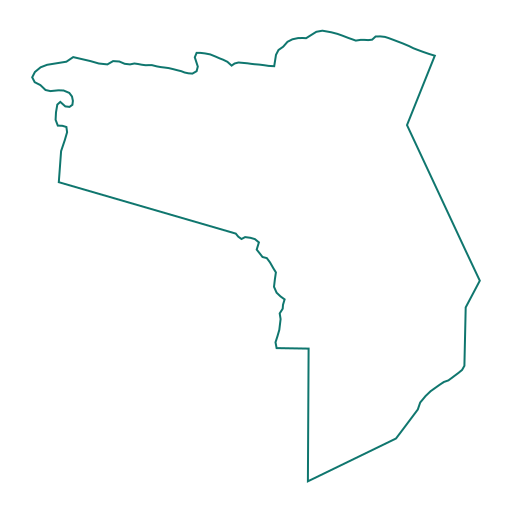 the district of Macau, Rio Grande do Norte, Brazil
{"feature_id": "56859067B94712622346809", "entity_name": "Macau", "entity_type": "district", "adm_level": 2, "iso_a3": "BRA", "parent_name": "Brazil", "parent_adm1": "Rio Grande do Norte", "projection": "robinson", "projection_center": [-36.568, -5.232], "detail": "fine", "context": "isolated", "style": "outline", "palette": "teal", "viewbox_px": 512, "rotation_deg": 0, "n_neighbors": 0, "source": "geoboundaries", "source_scale": "gbopen_adm2", "svg_char_len": 1886}
<svg xmlns="http://www.w3.org/2000/svg" viewBox="0 0 512 512"><path d="M396.0,438.5L404.4,427.4L417.8,409.5L420.2,402.5L425.6,396.0L430.6,391.2L434.8,388.2L439.6,384.8L443.8,382.0L448.4,380.4L458.6,372.8L462.1,369.9L464.4,365.8L465.7,307.4L479.8,280.7L465.7,250.8L407.0,125.1L434.8,55.7L429.2,54.0L423.1,51.9L416.9,49.6L413.3,48.2L409.1,46.1L402.7,43.4L397.7,41.5L393.5,39.9L388.4,38.0L384.9,36.9L380.3,36.4L375.6,36.5L372.1,39.7L368.3,40.1L364.7,39.9L360.4,39.9L355.8,40.6L352.5,39.4L348.5,38.0L345.4,36.8L342.3,35.6L337.5,33.9L331.4,32.3L326.4,31.4L322.4,30.7L316.3,31.8L312.0,34.5L306.1,38.2L302.7,38.0L298.0,38.1L292.4,39.3L287.5,41.8L283.2,46.7L278.5,50.0L276.0,54.8L274.2,66.2L268.7,65.9L264.1,65.2L259.4,64.6L254.2,64.2L250.8,63.8L247.5,63.3L243.0,62.9L238.5,62.5L234.6,63.5L231.6,65.6L227.4,61.8L223.1,59.7L219.7,58.4L215.4,56.5L210.2,54.4L204.9,53.4L200.6,52.9L196.6,52.9L194.8,57.3L197.8,66.6L196.6,71.2L192.4,73.6L188.4,73.3L184.6,72.5L181.3,71.2L177.2,70.2L173.4,69.2L168.8,68.1L164.3,67.5L160.8,67.1L156.9,66.4L151.8,65.1L145.4,65.2L141.6,64.7L138.0,64.0L134.4,63.5L130.0,64.4L124.7,63.8L119.3,61.5L113.1,61.1L107.4,64.4L98.8,63.5L90.5,61.1L73.2,57.1L66.4,61.7L47.1,64.8L40.6,67.3L34.9,72.0L32.2,77.3L34.7,82.2L40.4,85.1L45.5,90.0L50.4,91.1L58.5,90.3L63.6,90.5L69.3,92.9L72.0,96.5L72.9,100.9L72.4,104.8L69.5,106.9L65.3,106.4L60.3,101.9L57.3,104.6L56.0,112.3L55.6,119.8L57.8,125.6L62.4,125.8L66.4,127.0L67.1,132.2L64.8,140.1L61.1,151.1L58.8,182.2L235.8,233.6L238.3,236.7L241.5,239.0L245.1,237.1L250.4,237.8L254.9,239.1L258.9,242.4L256.7,249.6L259.8,253.5L262.5,257.0L266.8,258.1L270.0,262.4L273.3,268.2L275.9,272.4L274.9,279.2L274.0,286.8L276.6,292.7L280.5,296.4L284.6,299.4L283.0,304.8L282.7,308.7L279.7,313.4L280.6,319.1L279.9,324.9L279.3,329.9L277.5,336.1L275.5,342.3L276.6,348.1L308.6,348.6L307.9,481.3L396.0,438.5Z" fill="none" stroke="#0f766e" stroke-width="2"/></svg>